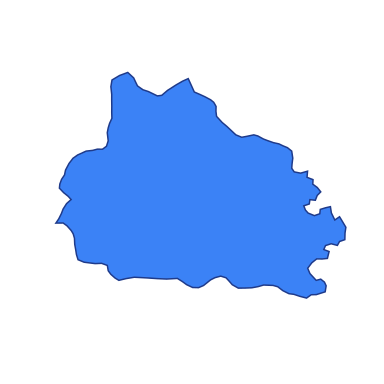 Restinga, São Paulo, Brazil (Natural Earth projection), rotated 255°
{"feature_id": "56859067B58378692566136", "entity_name": "Restinga", "entity_type": "district", "adm_level": 2, "iso_a3": "BRA", "parent_name": "Brazil", "parent_adm1": "São Paulo", "projection": "natural_earth1", "projection_center": [-47.509, -20.648], "detail": "fine", "context": "isolated", "style": "filled", "palette": "blue", "viewbox_px": 384, "rotation_deg": 255, "n_neighbors": 0, "source": "geoboundaries", "source_scale": "gbopen_adm2", "svg_char_len": 2087}
<svg xmlns="http://www.w3.org/2000/svg" viewBox="0 0 384 384"><g transform="rotate(255 192 192)"><path d="M182.2,309.0L182.1,301.8L185.0,295.9L189.1,294.5L193.2,295.9L198.6,298.1L205.7,298.9L210.1,295.7L213.0,291.9L216.0,288.4L218.6,283.4L222.1,278.3L224.7,274.7L229.1,270.1L231.2,266.5L231.6,259.3L232.0,254.2L235.9,249.1L246.4,242.6L251.4,239.1L258.7,235.3L263.7,236.0L268.4,237.4L273.0,236.2L276.2,233.9L280.6,229.2L284.1,225.0L288.0,220.1L295.4,218.9L302.5,217.7L301.5,211.6L299.7,204.8L296.5,194.7L293.2,187.8L293.8,183.4L296.5,180.3L300.3,175.9L303.5,171.0L308.6,166.8L313.3,165.9L317.3,165.2L324.1,160.9L323.3,152.2L320.9,143.7L314.7,140.9L307.0,139.7L301.5,138.2L295.5,136.7L289.8,135.1L283.9,133.7L279.7,130.2L275.7,127.7L271.2,125.5L263.1,124.3L258.3,121.2L256.5,116.6L257.9,111.6L257.9,106.9L258.9,100.3L257.4,91.2L255.4,85.8L251.4,80.6L245.9,75.5L241.5,73.3L238.0,69.3L233.9,66.4L230.0,64.9L224.5,67.9L220.0,71.2L216.0,73.3L213.3,67.9L208.9,63.1L204.9,60.2L200.6,56.4L197.2,52.5L195.4,59.5L191.7,62.5L185.9,65.4L182.4,66.4L177.8,66.5L171.9,65.2L166.2,64.7L161.4,64.2L156.1,64.4L152.1,69.6L147.9,79.9L146.5,86.2L143.0,91.2L137.6,90.7L133.5,92.3L128.8,95.4L125.6,98.5L125.4,106.0L124.6,114.2L120.7,126.2L117.3,136.1L114.5,144.9L112.3,155.5L108.0,159.5L103.9,162.8L99.6,167.9L97.9,173.6L98.7,179.0L102.3,187.2L103.3,192.0L103.3,198.0L100.3,202.7L96.3,204.8L92.0,206.9L87.2,211.8L85.6,217.9L84.0,225.0L83.5,231.3L83.6,237.1L80.8,246.1L78.3,250.3L73.2,254.2L68.7,259.3L66.8,263.9L63.3,269.2L59.9,275.2L61.9,280.6L60.7,285.5L61.1,294.8L66.7,297.3L70.7,296.6L74.5,293.8L74.5,289.1L82.7,284.8L88.4,284.0L92.6,289.4L95.1,295.1L93.6,300.5L92.8,305.6L99.0,309.0L102.3,304.4L105.7,307.1L106.0,313.0L102.8,318.6L106.0,321.7L106.4,327.3L112.8,329.2L118.1,331.5L126.2,329.2L129.9,328.1L128.0,322.7L135.7,321.2L142.0,321.9L142.2,317.0L142.0,311.4L137.9,309.8L137.5,304.1L141.6,298.7L145.2,296.9L149.7,296.4L150.1,302.2L154.1,303.9L152.1,309.0L156.3,312.1L158.8,316.4L163.9,314.2L168.3,310.7L172.6,312.1L176.4,306.9L182.2,309.0Z" fill="#3b82f6" stroke="#1e3a8a" stroke-width="1.5"/></g></svg>